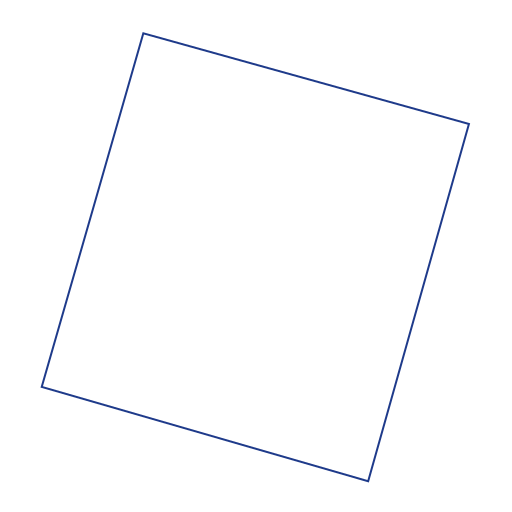 outline of Isabella, Michigan, United States of America, rotated 106°
{"feature_id": "52423323B85066348790949", "entity_name": "Isabella", "entity_type": "district", "adm_level": 2, "iso_a3": "USA", "parent_name": "United States of America", "parent_adm1": "Michigan", "projection": "natural_earth1", "projection_center": [-84.887, 43.641], "detail": "fine", "context": "isolated", "style": "outline", "palette": "blue", "viewbox_px": 512, "rotation_deg": 106, "n_neighbors": 0, "source": "geoboundaries", "source_scale": "gbopen_adm2", "svg_char_len": 232}
<svg xmlns="http://www.w3.org/2000/svg" viewBox="0 0 512 512"><g transform="rotate(106 256 256)"><path d="M70.4,87.7L73.0,425.7L257.2,425.7L440.9,425.9L441.6,86.1L70.4,87.7Z" fill="none" stroke="#1e3a8a" stroke-width="2"/></g></svg>